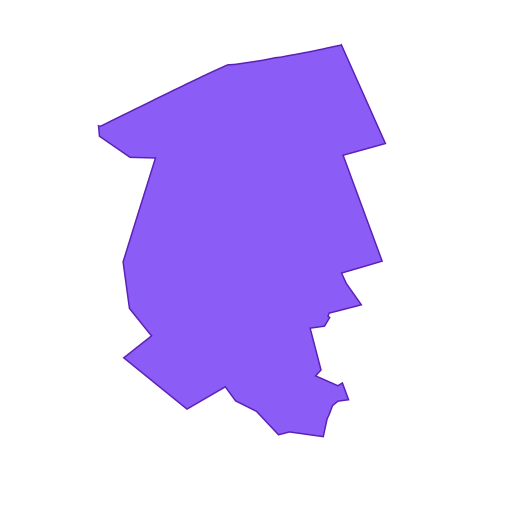 Uchkuduk, Navoi, Uzbekistan (Mercator projection), rotated 345°
{"feature_id": "79887680B40306907655933", "entity_name": "Uchkuduk", "entity_type": "district", "adm_level": 2, "iso_a3": "UZB", "parent_name": "Uzbekistan", "parent_adm1": "Navoi", "projection": "mercator", "projection_center": [63.246, 42.277], "detail": "fine", "context": "isolated", "style": "filled", "palette": "violet", "viewbox_px": 512, "rotation_deg": 345, "n_neighbors": 0, "source": "geoboundaries", "source_scale": "gbopen_adm2", "svg_char_len": 1241}
<svg xmlns="http://www.w3.org/2000/svg" viewBox="0 0 512 512"><g transform="rotate(345 256 256)"><path d="M274.2,447.9L282.6,431.6L285.8,427.8L291.2,420.3L297.6,417.4L308.2,418.8L306.6,401.0L301.5,402.5L282.5,387.2L289.3,382.9L289.6,339.7L304.0,341.5L311.3,334.4L309.9,333.0L311.8,330.1L345.1,330.4L336.1,305.9L334.2,294.6L376.5,293.6L366.2,181.2L410.1,180.8L393.1,74.1L392.8,74.3L389.5,74.1L388.0,74.0L378.5,73.5L377.4,73.5L375.6,73.4L373.5,73.4L372.7,73.4L372.3,73.3L371.9,73.2L362.8,72.8L361.2,72.6L358.1,72.5L356.7,72.2L355.6,72.2L346.0,71.5L344.6,71.4L339.9,70.9L331.6,70.4L326.3,69.5L313.3,68.7L300.5,67.3L298.2,67.0L292.0,66.3L285.3,65.5L278.4,64.1L277.7,64.1L276.7,64.3L276.3,64.3L264.1,66.3L260.1,67.0L250.4,68.7L248.2,69.2L238.8,70.9L237.2,71.2L232.7,72.0L228.8,72.9L218.7,74.7L212.1,76.1L202.8,77.8L198.7,78.6L196.7,79.1L187.0,81.0L185.8,81.3L181.0,82.2L179.4,82.5L179.0,82.5L171.7,84.0L170.0,84.4L166.6,85.0L160.1,86.3L155.9,87.1L150.9,88.1L140.2,90.3L138.3,90.1L137.6,89.5L135.8,99.8L159.9,128.1L184.3,135.3L152.7,185.1L126.1,227.3L120.2,273.9L132.8,302.5L134.5,306.1L101.9,320.1L149.7,386.0L192.5,374.4L198.8,390.7L216.2,406.1L231.5,434.5L242.8,434.6L274.2,447.9Z" fill="#8b5cf6" stroke="#5b21b6" stroke-width="1.5"/></g></svg>